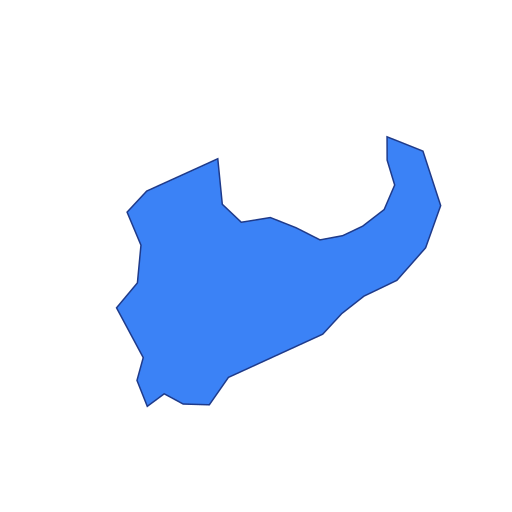 map outline of Tbilisi (orthographic projection), rotated 308°
{"feature_id": "GEO-3036", "entity_name": "Tbilisi", "entity_type": "Independent City", "adm_level": 1, "iso_a3": "GEO", "parent_name": "Georgia", "parent_adm1": "", "projection": "orthographic", "projection_center": [44.846, 41.71], "detail": "fine", "context": "isolated", "style": "filled", "palette": "blue", "viewbox_px": 512, "rotation_deg": 308, "n_neighbors": 0, "source": "natural_earth", "source_scale": "10m", "svg_char_len": 551}
<svg xmlns="http://www.w3.org/2000/svg" viewBox="0 0 512 512"><g transform="rotate(308 256 256)"><path d="M211.2,127.4L239.9,129.9L309.1,166.0L276.0,197.6L273.5,223.6L295.1,243.6L302.9,270.1L308.1,296.5L325.4,311.8L345.2,321.7L371.5,328.4L397.3,321.6L412.3,300.3L430.6,285.9L441.4,323.0L409.4,370.5L366.9,384.6L323.6,382.0L290.9,365.8L263.4,359.0L235.5,356.7L143.4,309.0L110.0,310.8L94.5,289.7L90.9,268.5L70.6,262.9L84.7,238.8L106.5,229.7L129.3,178.0L161.8,179.1L193.7,158.7L211.2,127.4Z" fill="#3b82f6" stroke="#1e3a8a" stroke-width="1.5"/></g></svg>